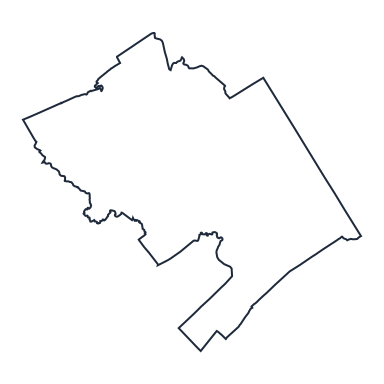 the district of Crevedia Mare, Giurgiu, Romania
{"feature_id": "2599482B65943054980402", "entity_name": "Crevedia Mare", "entity_type": "district", "adm_level": 2, "iso_a3": "ROU", "parent_name": "Romania", "parent_adm1": "Giurgiu", "projection": "orthographic", "projection_center": [25.603, 44.429], "detail": "fine", "context": "isolated", "style": "outline", "palette": "slate", "viewbox_px": 384, "rotation_deg": 0, "n_neighbors": 0, "source": "geoboundaries", "source_scale": "gbopen_adm2", "svg_char_len": 5724}
<svg xmlns="http://www.w3.org/2000/svg" viewBox="0 0 384 384"><path d="M361.0,236.1L344.7,209.9L334.4,192.9L324.4,177.1L294.8,128.7L263.3,77.8L253.6,83.6L232.3,96.9L229.6,98.3L229.0,97.3L228.1,96.4L225.8,93.8L225.3,92.9L225.3,92.4L225.4,91.8L225.3,91.3L224.2,89.4L224.1,88.9L224.3,87.0L225.1,86.0L225.0,85.7L216.8,78.6L215.4,77.4L214.2,76.1L213.0,75.7L211.3,73.8L208.8,71.4L208.2,70.0L207.5,69.3L203.3,66.3L201.6,65.7L199.1,66.4L198.2,66.9L197.0,67.4L193.5,68.4L189.2,68.3L188.8,67.9L188.3,66.4L187.7,65.6L185.9,64.7L184.2,64.5L183.4,63.7L183.3,63.4L183.4,62.9L184.1,61.4L184.2,60.7L183.7,59.0L182.0,57.3L181.8,57.6L181.5,58.6L180.9,59.9L180.5,60.5L179.3,61.1L178.1,61.4L176.9,62.1L176.2,63.0L174.2,62.9L173.5,63.2L172.9,63.8L172.1,65.2L170.6,70.1L169.4,69.4L169.2,69.1L167.7,63.4L166.8,58.7L164.9,52.3L163.1,44.0L162.4,41.7L161.7,40.6L160.1,39.4L156.1,38.4L155.1,38.0L154.9,37.6L154.9,36.6L154.6,35.5L154.7,33.4L154.3,33.0L153.2,33.0L151.6,33.5L150.6,34.1L117.0,56.7L117.0,57.2L117.3,57.8L120.1,63.0L115.2,65.9L111.8,68.2L111.2,68.4L110.8,68.9L107.2,71.6L106.9,72.0L100.4,77.2L98.0,79.4L97.9,80.0L97.6,80.4L96.6,81.4L96.5,81.9L96.7,82.3L97.8,83.1L97.7,83.2L96.8,83.7L96.6,84.2L96.1,84.8L95.0,85.6L94.8,86.2L94.9,86.9L95.5,87.2L96.1,88.0L96.4,88.3L97.0,88.4L97.2,87.2L97.8,86.5L98.2,86.4L98.5,86.0L99.2,85.9L99.8,86.3L100.1,86.4L101.2,85.5L101.5,85.6L102.5,87.0L102.7,87.8L102.6,88.8L101.8,90.6L101.5,91.0L101.2,90.9L101.2,90.3L101.0,89.9L100.3,88.6L100.0,88.2L99.7,88.1L98.6,88.8L96.7,89.5L92.1,90.8L91.1,90.9L91.0,91.2L90.6,91.8L90.7,92.0L90.2,91.0L87.9,92.3L87.5,92.9L87.2,94.0L86.5,94.5L86.1,94.5L85.0,94.1L84.7,94.1L83.0,94.6L81.6,94.9L78.8,96.1L77.8,96.3L76.9,96.2L75.4,96.7L65.6,101.2L63.5,102.0L62.1,102.9L60.9,103.4L60.8,103.1L60.7,103.2L32.3,115.8L23.0,119.7L33.9,138.5L35.3,140.7L36.4,141.9L36.0,142.3L35.8,143.5L34.6,145.4L34.7,147.1L35.8,148.2L36.3,148.4L37.4,149.2L39.9,150.2L40.0,150.5L39.9,150.7L40.2,150.8L39.3,151.7L39.3,151.9L41.3,153.7L42.3,155.1L45.1,157.1L44.8,158.9L44.6,159.7L44.1,160.4L42.8,162.0L42.5,162.6L44.5,162.1L45.1,162.5L45.5,163.4L46.3,163.7L47.8,163.6L48.6,163.2L49.6,163.3L50.6,163.7L50.8,164.0L51.3,166.4L51.9,167.2L53.2,168.1L55.5,168.9L56.8,169.6L58.9,171.5L59.2,172.2L59.5,173.9L59.7,174.5L60.3,175.2L61.2,175.8L64.3,176.2L64.8,176.7L65.2,177.8L65.0,178.9L65.1,180.0L64.7,180.6L64.8,181.0L66.8,181.4L68.3,181.3L69.8,182.0L71.1,182.1L71.8,182.6L72.0,183.0L72.6,183.6L73.5,185.5L74.8,186.3L76.2,186.6L77.0,187.2L77.6,187.0L77.9,187.1L78.1,187.3L78.1,187.8L79.1,188.5L80.6,190.5L84.7,191.4L85.0,191.6L85.5,192.7L87.1,193.5L88.7,193.1L89.1,193.2L89.3,193.4L89.6,194.0L89.5,194.8L89.8,195.6L89.6,196.5L89.9,198.6L89.5,199.3L89.9,201.9L89.8,202.8L90.6,203.9L90.7,204.6L91.1,205.2L90.7,206.9L90.3,207.6L89.2,208.7L88.6,208.7L88.1,207.9L87.7,207.9L87.4,208.5L87.3,209.2L87.2,209.4L86.7,209.4L86.0,209.1L85.7,209.2L84.6,210.5L84.2,211.3L84.0,211.9L84.5,212.9L83.9,213.3L83.6,213.7L85.2,215.6L85.9,215.9L87.2,215.6L87.5,215.7L87.7,216.2L87.8,217.2L88.0,217.4L88.4,217.6L89.4,217.5L89.6,217.7L89.7,218.2L89.5,219.6L90.2,220.3L90.3,221.5L91.1,221.7L93.1,220.8L94.2,220.0L94.5,220.3L94.8,221.4L95.8,221.5L97.0,222.1L97.2,222.4L97.1,222.9L97.1,223.2L98.1,223.5L98.3,223.5L98.8,223.0L99.6,223.1L100.0,222.9L100.3,222.2L100.2,221.1L101.5,220.9L102.7,220.4L102.9,220.2L102.8,219.6L103.5,219.6L103.6,220.0L103.8,220.3L104.4,220.4L105.6,219.4L107.3,216.9L108.1,216.1L108.1,215.8L107.9,215.1L108.1,214.7L110.5,212.3L110.5,212.1L110.2,211.9L110.0,211.2L110.1,210.6L110.5,210.3L111.9,210.4L114.2,211.0L114.7,211.3L115.2,212.1L115.3,212.7L115.6,213.5L115.6,214.1L114.9,214.7L114.9,215.3L115.3,216.1L116.5,216.7L116.9,216.7L117.7,216.5L120.1,214.9L121.1,214.0L121.3,213.4L121.5,212.6L121.8,212.6L122.5,213.0L132.0,220.1L132.9,218.5L133.0,218.0L133.6,219.2L134.8,220.8L135.4,220.7L135.9,220.8L135.9,220.0L137.4,220.2L138.5,221.0L139.1,221.1L138.9,221.6L139.1,222.2L140.0,222.2L140.1,222.9L140.6,223.1L141.8,224.0L142.2,225.4L142.3,226.7L142.6,227.8L142.6,228.8L144.2,229.9L144.3,230.2L144.4,231.1L144.6,231.4L145.6,232.3L145.6,232.5L145.4,233.0L144.8,233.3L145.5,234.4L144.1,235.6L139.7,238.8L138.7,239.7L144.1,247.0L148.8,252.5L157.4,263.6L158.0,264.6L157.8,265.3L167.8,260.2L170.3,258.7L180.2,251.8L193.5,240.8L194.5,240.5L197.3,240.9L197.9,240.7L198.3,240.0L199.3,236.5L199.4,236.1L199.3,235.0L200.6,234.4L200.9,233.7L200.7,233.1L200.9,232.8L201.3,232.6L201.7,232.7L202.1,233.1L202.0,233.9L202.1,234.1L203.7,234.4L205.1,234.3L205.6,233.4L206.0,233.2L206.4,233.1L206.9,233.3L207.1,233.8L207.2,234.4L206.9,235.3L207.1,235.6L207.4,235.7L207.7,235.7L208.0,234.8L209.1,233.9L209.9,233.9L211.8,234.5L212.1,234.4L212.4,233.9L212.4,232.6L212.7,232.4L214.5,232.1L215.5,232.3L216.7,233.1L217.0,233.6L217.0,234.0L216.7,235.3L217.2,236.2L217.1,236.8L217.3,237.3L217.6,237.6L219.1,238.3L219.5,238.1L220.6,237.4L221.0,237.3L221.4,237.5L222.4,238.4L222.5,239.3L222.4,239.9L222.0,240.3L220.7,241.0L220.4,241.4L219.4,245.0L218.3,246.5L217.6,248.4L216.6,250.7L216.4,252.5L217.2,257.1L218.8,259.8L224.1,264.1L230.1,266.7L231.6,268.5L232.1,276.2L225.1,283.9L221.2,287.5L209.8,298.7L200.8,306.9L199.4,308.4L194.1,313.6L178.7,328.1L196.9,347.2L200.7,351.0L216.7,331.0L217.9,331.7L222.3,335.5L225.8,339.0L227.0,337.3L238.4,327.0L239.4,325.6L239.7,324.9L240.5,324.2L245.1,317.2L248.5,312.8L249.0,311.5L250.6,308.8L252.3,307.8L251.5,306.5L254.4,303.8L255.0,303.6L256.9,302.0L259.0,299.8L264.2,295.0L266.0,293.5L275.8,284.1L289.7,271.4L299.7,265.1L312.3,256.5L315.8,254.3L322.3,249.8L337.3,240.0L338.3,239.2L340.1,238.2L341.7,236.7L342.2,236.7L343.6,238.3L346.2,239.3L347.3,240.3L348.5,239.6L350.9,238.9L353.0,239.3L355.4,239.2L357.3,238.9L358.0,238.1L359.5,236.9L361.0,236.1Z" fill="none" stroke="#1e293b" stroke-width="2"/></svg>